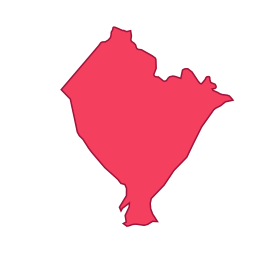 Ida-Viru, Mercator projection, rotated 120°
{"feature_id": "EST-1655", "entity_name": "Ida-Viru", "entity_type": "County", "adm_level": 1, "iso_a3": "EST", "parent_name": "Estonia", "parent_adm1": "", "projection": "mercator", "projection_center": [27.147, 59.161], "detail": "fine", "context": "isolated", "style": "filled", "palette": "rose", "viewbox_px": 256, "rotation_deg": 120, "n_neighbors": 0, "source": "natural_earth", "source_scale": "10m", "svg_char_len": 1612}
<svg xmlns="http://www.w3.org/2000/svg" viewBox="0 0 256 256"><g transform="rotate(120 128 128)"><path d="M194.3,55.7L196.5,60.0L201.7,62.8L204.2,65.4L206.9,72.2L208.0,74.2L209.4,75.9L212.3,78.4L213.6,80.0L213.1,84.3L210.3,82.5L205.2,86.7L195.8,87.5L192.2,89.3L200.5,92.7L203.3,92.6L200.9,95.8L187.4,95.5L181.0,99.1L178.5,102.5L179.5,106.4L177.5,111.3L173.9,128.3L167.2,147.2L165.2,151.9L160.3,161.3L159.0,166.3L157.0,169.6L156.8,169.9L146.5,179.1L131.8,192.4L128.2,205.0L71.9,194.6L71.3,194.5L68.0,194.2L67.1,193.8L66.3,193.2L64.8,190.8L61.8,189.1L59.0,188.5L57.9,188.5L56.3,189.0L53.3,190.4L50.7,190.4L49.7,190.6L48.9,191.1L48.0,191.0L47.3,189.8L46.8,186.3L46.3,181.5L45.6,180.4L45.6,179.3L45.3,178.4L45.3,177.5L42.4,174.4L46.5,171.1L50.1,169.7L50.9,168.9L51.3,167.9L51.4,166.4L51.6,164.8L52.3,162.9L54.0,161.2L54.8,160.0L54.8,158.6L53.5,155.4L53.4,142.8L53.8,139.4L54.6,138.2L62.3,133.4L68.4,132.5L69.4,131.9L69.9,130.8L69.7,129.6L69.5,128.8L68.6,127.3L69.6,120.7L69.0,119.5L67.8,118.4L64.3,118.1L62.7,117.4L60.6,115.1L59.8,113.0L58.6,107.1L50.7,109.7L49.9,109.5L48.3,108.3L46.8,105.8L47.5,100.5L52.4,90.7L53.4,87.8L53.1,86.6L52.0,86.2L47.3,85.4L46.2,85.6L45.0,85.6L44.1,85.2L43.2,83.9L43.0,83.2L43.3,82.5L45.4,81.1L47.2,79.1L46.6,74.5L47.1,73.6L47.8,72.6L48.7,72.1L49.5,72.1L50.3,72.6L52.0,74.6L52.9,73.3L52.4,68.0L52.4,65.4L51.9,63.0L50.0,58.5L49.7,57.2L49.6,56.2L50.1,54.5L51.2,51.4L51.4,51.0L56.7,56.8L62.3,58.9L67.1,62.0L69.5,62.9L90.1,64.8L108.4,63.7L123.9,62.5L141.7,67.0L159.4,68.2L177.5,72.6L182.3,71.0L186.7,67.9L190.2,63.7L194.3,55.7Z" fill="#f43f5e" stroke="#9f1239" stroke-width="1.5"/></g></svg>